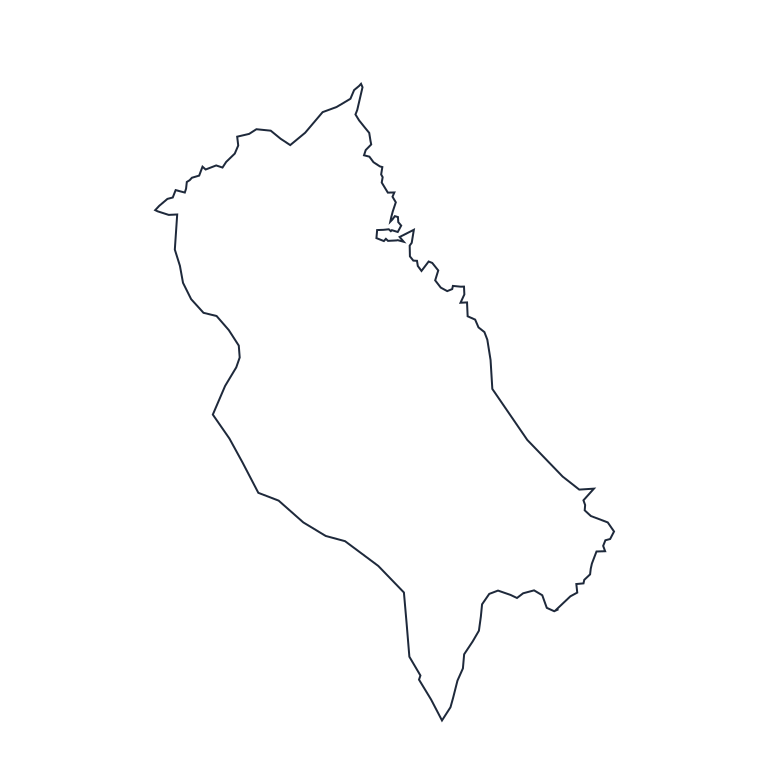 Melini, Larnaca, Cyprus, rotated 46°
{"feature_id": "46923920B72059486162675", "entity_name": "Melini", "entity_type": "district", "adm_level": 2, "iso_a3": "CYP", "parent_name": "Cyprus", "parent_adm1": "Larnaca", "projection": "natural_earth1", "projection_center": [33.15, 34.867], "detail": "fine", "context": "isolated", "style": "outline", "palette": "slate", "viewbox_px": 768, "rotation_deg": 46, "n_neighbors": 0, "source": "geoboundaries", "source_scale": "gbopen_adm2", "svg_char_len": 2299}
<svg xmlns="http://www.w3.org/2000/svg" viewBox="0 0 768 768"><g transform="rotate(46 384 384)"><path d="M100.0,427.8L102.5,426.9L112.8,421.4L118.4,415.0L142.0,441.1L157.2,448.7L171.6,458.3L189.0,463.8L207.4,464.4L218.8,457.2L237.4,458.2L255.5,461.8L264.7,469.4L269.4,478.7L275.0,499.6L287.1,528.4L315.9,533.1L342.2,540.3L375.0,550.0L394.7,540.8L427.5,538.2L452.8,531.5L470.0,521.2L510.9,514.5L547.8,514.5L572.0,534.1L597.8,555.2L619.0,560.3L621.0,564.2L643.6,569.3L666.3,576.0L662.7,560.7L657.7,552.2L648.4,537.2L643.4,524.8L634.1,514.1L630.8,499.1L627.4,487.1L618.6,475.9L610.6,466.5L608.1,454.1L611.8,445.5L623.6,439.5L630.3,437.0L631.2,429.3L636.7,419.4L645.9,416.9L654.3,420.7L658.1,422.4L665.7,419.4L667.2,415.1L666.0,416.3L666.2,397.4L668.3,389.9L661.5,384.6L666.0,379.0L664.0,376.0L664.1,368.0L660.5,363.6L657.6,359.2L652.1,347.5L657.9,341.1L652.7,338.8L650.2,333.3L652.6,329.0L649.9,321.0L639.0,319.2L622.7,326.9L614.3,327.4L610.8,323.4L606.2,321.3L605.1,305.7L595.6,316.9L574.7,319.8L523.8,319.8L462.8,309.5L440.8,290.7L423.9,278.9L416.4,275.7L408.9,276.7L401.0,273.7L393.4,276.8L383.0,267.6L378.7,272.5L375.4,264.0L369.5,258.8L367.3,261.2L361.3,266.3L363.1,269.0L361.1,274.0L354.1,276.2L345.0,275.2L340.0,266.1L330.4,265.2L326.9,266.8L328.7,278.5L322.6,277.7L318.3,274.7L315.6,277.2L310.2,276.7L302.3,269.4L301.7,266.0L293.8,255.4L289.1,270.6L295.4,271.0L290.1,274.2L289.3,275.4L283.8,281.7L280.9,281.8L281.1,284.8L273.8,288.1L268.5,282.0L272.8,277.2L276.0,273.1L278.8,272.9L278.8,271.5L284.2,268.5L282.0,261.6L277.5,261.3L273.6,258.0L270.8,259.6L271.5,263.6L271.6,266.7L268.9,262.7L266.0,257.9L261.5,249.3L258.1,248.5L255.2,247.8L253.4,243.5L249.0,248.3L237.5,245.7L234.3,241.3L231.3,240.5L226.8,234.5L224.6,235.8L217.2,237.5L210.3,236.6L205.6,239.5L203.0,234.6L202.8,226.8L199.7,224.8L193.1,220.2L185.8,219.6L177.1,218.8L170.3,217.3L168.3,212.9L155.6,193.3L152.1,192.0L152.3,194.9L151.8,201.3L155.5,210.0L151.8,225.7L145.8,239.3L148.5,266.2L147.0,285.5L135.8,288.0L123.1,289.5L112.1,298.8L110.4,307.3L104.1,317.8L111.2,323.2L114.6,331.3L114.6,343.2L116.1,349.8L110.2,352.9L105.8,363.3L101.6,363.6L105.7,372.2L102.2,378.9L102.4,382.2L101.7,385.5L106.0,390.7L107.9,394.3L99.8,399.2L103.1,406.4L100.4,411.2L99.7,421.9L100.0,427.8Z" fill="none" stroke="#1e293b" stroke-width="2"/></g></svg>